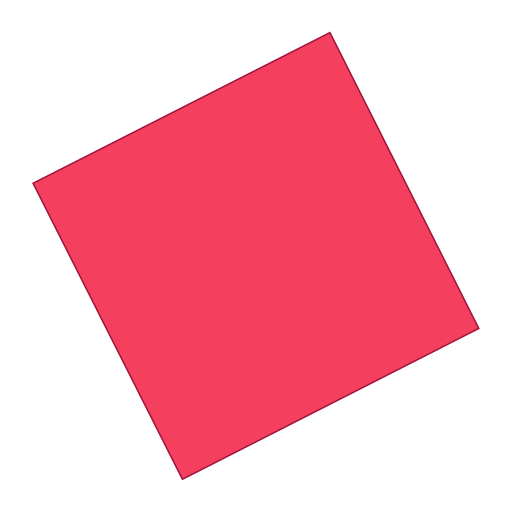 outline of Lubbock, Texas, United States of America, rotated 244°
{"feature_id": "52423323B93291035550773", "entity_name": "Lubbock", "entity_type": "district", "adm_level": 2, "iso_a3": "USA", "parent_name": "United States of America", "parent_adm1": "Texas", "projection": "orthographic", "projection_center": [-101.874, 33.61], "detail": "fine", "context": "isolated", "style": "filled", "palette": "rose", "viewbox_px": 512, "rotation_deg": 244, "n_neighbors": 0, "source": "geoboundaries", "source_scale": "gbopen_adm2", "svg_char_len": 225}
<svg xmlns="http://www.w3.org/2000/svg" viewBox="0 0 512 512"><g transform="rotate(244 256 256)"><path d="M87.6,92.0L93.2,424.5L424.4,420.4L419.1,87.5L87.6,92.0Z" fill="#f43f5e" stroke="#9f1239" stroke-width="1.5"/></g></svg>